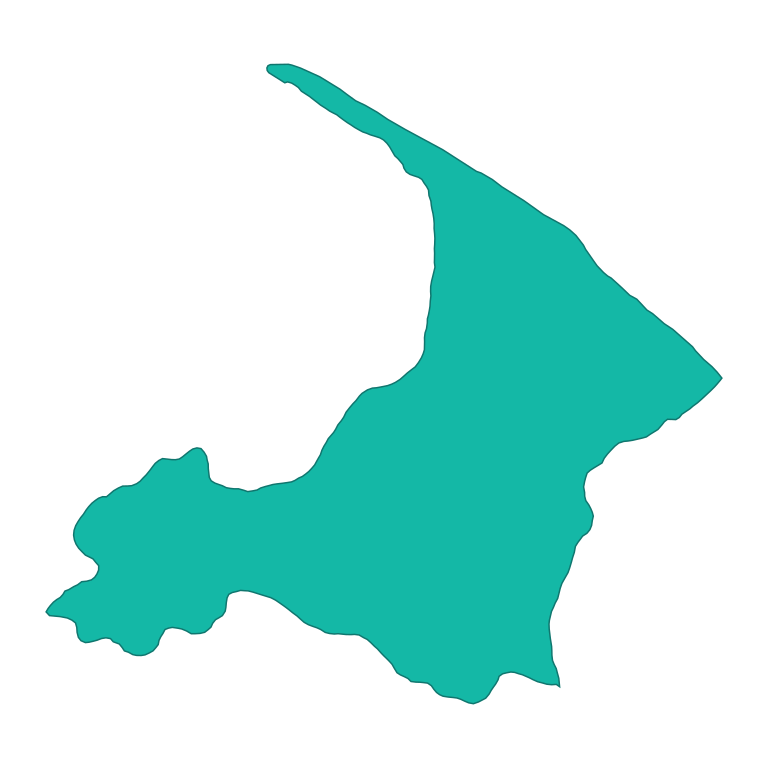 I-2 Waini, Barima-Waini, Guyana (Mercator projection)
{"feature_id": "73187651B25125705574502", "entity_name": "I-2 Waini", "entity_type": "district", "adm_level": 2, "iso_a3": "GUY", "parent_name": "Guyana", "parent_adm1": "Barima-Waini", "projection": "mercator", "projection_center": [-59.589, 7.691], "detail": "fine", "context": "isolated", "style": "filled", "palette": "teal", "viewbox_px": 768, "rotation_deg": 0, "n_neighbors": 0, "source": "geoboundaries", "source_scale": "gbopen_adm2", "svg_char_len": 5808}
<svg xmlns="http://www.w3.org/2000/svg" viewBox="0 0 768 768"><path d="M284.8,82.8L287.6,81.9L291.7,83.1L295.3,85.3L298.4,87.5L301.4,91.2L305.1,93.6L309.3,96.3L312.9,99.1L316.9,102.2L320.6,105.1L325.5,108.2L329.7,111.1L333.3,113.0L336.7,114.7L340.0,117.3L343.5,119.9L347.3,122.6L350.5,124.6L354.8,127.5L359.4,130.1L362.7,131.9L366.8,133.3L370.3,134.8L375.2,136.3L379.8,137.8L383.5,139.9L386.9,143.2L389.6,146.8L392.2,151.3L394.8,155.8L397.8,158.5L400.3,161.4L402.9,164.5L404.0,168.3L406.3,171.9L410.0,174.4L414.0,175.8L418.6,177.3L421.9,179.4L424.2,183.2L426.6,186.5L428.5,190.0L429.0,195.6L430.9,201.2L431.3,205.2L432.0,209.2L433.0,213.5L433.8,218.7L434.2,223.6L434.1,228.5L434.6,233.7L434.9,238.3L434.7,244.4L434.4,248.7L434.6,253.2L434.5,258.7L434.4,262.6L435.0,267.1L433.9,271.8L432.7,276.7L431.6,281.1L430.7,286.5L430.6,291.5L430.9,295.9L430.3,301.0L430.0,306.3L429.3,310.6L428.4,315.2L427.4,318.8L427.3,323.0L426.5,328.7L425.1,332.9L424.5,337.7L424.6,341.7L424.5,345.9L424.4,349.8L423.2,353.7L421.4,357.8L418.4,362.7L415.2,366.9L411.5,369.7L407.3,373.0L403.3,376.6L400.1,379.4L395.4,382.4L391.6,384.2L387.7,385.6L383.8,386.4L380.2,387.1L376.3,387.8L372.4,388.1L367.4,389.9L362.0,393.4L359.4,396.1L356.0,400.6L352.9,403.8L349.7,407.6L346.1,412.2L343.7,417.2L341.4,420.6L337.9,424.9L335.7,429.2L333.6,432.5L328.3,438.6L326.3,442.4L324.0,446.1L321.9,450.3L320.4,454.8L318.5,458.0L316.6,461.4L314.7,464.9L311.8,468.3L308.8,471.5L305.6,474.1L302.3,476.5L298.8,478.0L295.0,480.4L291.5,481.9L287.1,482.6L282.1,483.3L276.9,483.9L272.9,484.5L269.3,485.5L265.4,486.5L260.6,488.0L257.1,490.0L252.6,490.9L247.7,491.6L243.9,490.3L238.5,488.8L234.0,488.8L230.3,488.4L226.3,487.7L222.3,485.7L218.8,484.5L214.9,483.1L211.2,480.8L209.3,477.4L208.7,472.3L208.3,468.6L208.2,463.9L207.2,460.3L206.5,456.3L204.1,452.2L201.0,448.6L196.9,447.9L192.8,449.0L189.5,451.2L185.5,454.4L182.6,456.8L179.3,459.0L175.5,459.7L171.6,459.6L167.2,459.1L162.5,458.6L158.8,460.5L155.3,463.3L152.9,466.3L149.7,470.6L146.2,474.9L142.9,478.2L140.2,481.2L136.7,483.7L131.7,485.7L127.7,486.0L122.7,486.1L118.4,488.0L113.7,490.7L110.5,493.4L106.5,496.8L102.6,496.7L98.6,498.2L95.4,500.4L91.9,503.2L88.7,506.7L86.3,509.8L83.4,514.3L80.7,517.6L78.1,521.5L75.7,525.7L74.1,530.3L73.6,535.1L74.4,539.9L76.1,544.2L78.7,548.2L82.1,551.8L85.4,555.1L89.3,557.0L92.9,558.8L95.9,562.5L98.7,565.7L98.6,570.1L96.9,574.1L94.7,577.3L91.4,579.9L86.7,581.2L81.7,581.7L77.6,584.8L73.8,586.6L68.8,589.6L64.9,591.1L63.0,594.4L60.2,597.5L56.7,599.6L53.4,602.2L50.4,605.5L48.1,608.5L46.1,611.9L49.5,615.6L60.2,616.6L67.4,618.0L71.9,620.1L75.5,622.9L76.8,627.5L77.1,632.4L78.4,637.4L81.0,640.7L85.4,642.6L89.1,642.2L93.4,641.2L97.1,640.2L101.6,638.5L105.9,637.8L110.5,638.6L113.3,641.8L119.3,644.0L122.3,647.7L124.4,650.9L128.4,652.2L132.8,654.6L136.5,655.4L141.1,655.5L145.0,654.9L149.2,653.0L153.1,650.8L155.8,647.7L158.2,644.6L159.0,640.4L160.8,636.7L162.9,633.5L165.0,629.5L168.6,628.1L172.3,627.4L177.9,628.2L181.8,629.0L186.6,631.0L191.2,633.7L195.2,633.7L200.1,633.4L204.7,632.3L208.2,629.6L211.0,627.1L212.6,623.4L215.5,619.7L219.2,617.6L222.4,615.6L225.2,611.2L225.9,607.3L226.3,602.6L227.1,597.8L228.8,594.3L232.3,592.5L236.7,591.5L240.5,590.4L244.4,590.7L248.2,590.9L252.9,592.1L257.7,593.6L261.5,594.8L265.4,596.0L270.9,597.7L275.5,600.1L278.9,602.4L282.9,605.2L286.2,607.6L289.3,610.0L292.6,612.7L297.1,616.0L300.7,619.3L304.1,622.3L308.4,624.7L312.6,626.3L317.0,627.8L320.7,629.5L325.2,632.4L329.5,633.5L334.3,634.0L338.1,633.7L346.0,634.5L350.9,634.6L354.6,634.4L359.1,635.0L363.7,637.7L367.2,639.4L370.9,642.7L374.5,646.3L377.4,648.8L381.3,653.2L383.9,655.9L388.6,660.5L392.0,664.2L394.5,668.6L397.0,672.7L400.4,674.9L404.2,676.6L408.0,678.5L411.0,681.5L415.9,682.1L419.7,682.2L423.6,682.6L427.6,683.1L431.4,685.7L433.8,689.2L436.5,692.4L439.5,694.6L443.0,696.2L448.0,697.0L453.1,697.5L457.0,698.0L460.8,699.3L464.8,701.2L468.6,702.8L473.4,703.7L478.4,702.0L481.7,700.3L485.7,698.2L489.1,694.1L491.1,690.5L493.2,687.4L495.6,684.1L498.0,679.9L499.1,676.3L502.6,673.8L506.6,672.8L510.8,672.0L514.7,672.4L518.6,673.7L522.3,674.7L529.2,677.7L533.1,679.7L537.6,681.7L541.9,682.8L546.8,684.2L551.6,684.7L556.3,684.4L559.6,686.7L558.8,678.3L557.3,672.8L556.2,668.5L554.1,664.4L552.5,660.4L551.9,655.2L551.8,650.3L551.6,646.4L550.3,638.3L549.8,634.0L549.2,629.0L549.0,624.0L549.4,620.3L550.6,615.2L551.5,611.4L553.5,607.2L555.1,603.2L557.7,598.4L558.9,593.6L560.2,588.3L561.9,583.4L563.9,579.8L565.9,576.3L568.0,572.6L569.6,568.1L571.4,562.1L572.6,557.6L574.3,552.4L575.4,546.4L577.9,542.4L580.2,539.4L582.6,536.1L587.1,533.1L589.9,529.6L591.6,525.4L592.3,520.5L593.3,516.1L592.3,512.3L590.7,508.5L588.8,504.9L585.8,500.6L584.7,496.3L584.6,492.4L583.6,486.9L584.6,481.6L585.6,477.7L587.1,473.1L590.2,470.3L593.9,467.9L602.0,463.0L604.2,458.3L607.4,454.1L610.5,450.7L614.8,446.2L618.8,443.0L623.8,441.4L628.1,441.0L632.5,440.3L642.5,438.0L646.4,436.9L650.3,434.2L657.9,429.5L661.9,424.9L664.4,421.7L667.5,419.3L671.9,419.4L675.8,419.6L679.3,417.5L681.9,414.2L689.9,408.8L693.0,406.1L697.5,402.8L701.8,399.0L706.0,395.1L710.7,390.7L714.6,386.8L717.2,383.9L720.3,380.2L721.9,378.1L717.1,372.1L712.0,366.7L703.7,359.5L695.6,350.9L692.5,346.7L691.1,345.5L672.7,329.3L664.2,323.7L652.8,313.8L647.0,310.1L646.8,309.9L636.8,299.2L629.7,295.3L622.0,287.9L611.1,278.0L607.6,276.0L603.5,272.5L597.0,265.7L593.2,260.3L585.6,249.4L583.4,245.1L576.0,235.5L569.9,230.0L563.8,225.7L543.6,214.7L539.5,211.8L524.1,200.8L501.8,186.8L492.8,179.9L492.6,179.7L481.1,173.0L476.5,171.4L444.4,150.8L442.7,149.7L405.3,129.5L394.9,123.5L387.9,119.5L377.3,112.3L365.3,105.4L355.7,100.8L346.6,94.2L340.0,89.2L319.8,76.8L300.6,68.1L297.2,66.9L291.9,65.1L288.4,64.3L270.4,64.6L268.0,65.7L266.9,67.9L267.2,70.5L268.8,72.7L284.8,82.8Z" fill="#14b8a6" stroke="#0f766e" stroke-width="1.5"/></svg>